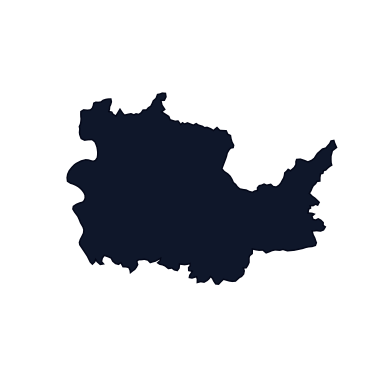 Campestre da Serra, Rio Grande do Sul, Brazil, rotated 116°
{"feature_id": "56859067B56487205832332", "entity_name": "Campestre da Serra", "entity_type": "district", "adm_level": 2, "iso_a3": "BRA", "parent_name": "Brazil", "parent_adm1": "Rio Grande do Sul", "projection": "albers", "projection_center": [-51.112, -28.72], "detail": "fine", "context": "isolated", "style": "filled", "palette": "ink", "viewbox_px": 384, "rotation_deg": 116, "n_neighbors": 0, "source": "geoboundaries", "source_scale": "gbopen_adm2", "svg_char_len": 4315}
<svg xmlns="http://www.w3.org/2000/svg" viewBox="0 0 384 384"><g transform="rotate(116 192 192)"><path d="M155.2,319.2L157.6,318.5L160.5,318.3L162.7,319.2L164.4,321.8L165.7,325.4L168.4,327.1L170.8,326.0L172.9,324.9L174.8,323.7L177.1,322.8L179.8,322.0L182.6,321.9L184.4,320.5L187.8,319.2L189.6,318.0L192.5,315.0L192.5,311.3L190.5,308.3L188.6,304.7L189.5,301.1L191.5,298.8L193.3,297.0L195.4,295.5L197.4,294.2L200.0,293.0L202.7,292.1L206.0,292.6L207.8,294.3L208.3,296.6L208.7,299.2L209.7,301.7L212.7,305.2L217.1,308.5L219.2,309.6L222.5,310.7L226.6,311.6L230.5,311.5L233.9,310.5L236.9,308.6L237.3,305.0L236.9,302.4L236.8,299.4L237.0,296.5L237.7,293.6L238.6,291.3L239.9,288.8L241.7,286.7L244.3,285.3L246.9,285.1L249.1,285.8L251.0,288.0L253.8,290.5L256.9,292.3L259.5,291.6L261.3,288.9L263.9,283.9L265.8,281.6L268.5,278.6L271.2,274.6L273.3,272.6L276.6,271.4L280.5,271.4L283.6,271.5L286.6,271.1L288.6,269.7L291.2,265.2L293.0,262.1L295.5,257.9L297.2,255.7L299.5,252.7L300.5,249.9L297.2,248.8L294.8,249.1L296.2,246.7L297.3,242.7L295.4,240.1L294.2,242.9L290.8,243.7L287.4,243.1L286.9,238.9L286.8,235.6L288.9,232.9L289.8,229.4L289.2,226.3L286.6,225.0L289.4,221.2L288.2,218.7L287.5,215.7L289.6,213.2L291.4,212.0L288.8,210.8L286.7,209.6L284.1,209.1L281.1,209.0L278.6,211.3L276.3,210.4L274.8,207.6L273.3,205.4L272.5,201.8L273.7,198.6L271.9,196.7L270.2,194.7L267.7,192.9L265.3,191.2L267.6,190.5L270.7,191.8L271.0,189.2L270.3,186.6L270.2,183.6L271.1,179.7L269.1,176.8L269.7,173.8L269.0,170.8L266.1,170.3L262.2,171.7L260.5,166.8L258.8,164.3L257.1,162.4L259.0,161.3L261.4,161.9L264.0,160.5L263.1,156.9L265.4,157.1L267.8,157.5L270.0,156.9L269.3,154.3L266.1,150.8L268.1,148.9L271.0,147.6L268.7,144.9L267.7,141.6L264.9,139.7L262.7,138.8L259.8,138.3L260.6,135.7L262.4,133.5L264.2,130.4L263.2,127.7L259.9,126.7L256.6,125.5L256.1,122.7L255.5,119.4L254.6,116.6L253.0,113.9L250.5,112.9L248.0,111.9L246.2,110.5L243.1,109.7L240.0,110.5L237.8,112.6L236.3,110.1L233.4,109.8L230.3,109.9L226.1,112.0L223.9,112.3L221.0,110.9L216.7,112.8L215.9,109.4L214.9,106.2L213.1,102.9L214.2,98.7L211.6,96.2L209.7,94.6L207.6,92.0L205.8,87.5L203.7,85.1L203.0,80.5L199.5,74.7L197.1,71.6L194.3,68.0L191.8,65.4L190.1,63.2L188.3,60.2L185.9,57.7L183.1,58.0L181.6,59.6L179.7,61.4L177.4,64.4L174.5,67.0L172.1,63.2L170.7,59.3L168.4,57.2L164.9,56.9L164.6,59.5L162.0,60.7L160.9,63.9L160.8,66.8L163.0,68.5L163.6,71.1L161.3,73.7L158.3,72.4L158.6,74.8L160.0,78.6L156.3,79.7L154.5,78.4L152.6,79.8L151.0,77.0L148.8,75.7L148.7,73.3L145.5,73.2L144.4,76.6L143.7,78.8L143.2,82.0L141.8,86.0L138.6,85.7L135.8,85.9L133.3,85.8L130.3,84.6L127.7,84.4L126.1,81.9L123.0,83.4L119.5,84.5L117.8,82.6L115.2,83.2L113.6,81.4L111.3,80.7L108.6,79.5L106.6,78.2L104.8,79.8L101.9,81.4L98.7,82.9L96.0,83.4L93.4,84.0L91.2,82.9L88.6,81.6L87.0,83.5L85.2,85.6L83.5,87.1L85.2,89.4L88.2,89.4L90.6,90.1L93.8,90.9L96.2,93.6L99.5,94.9L102.3,96.1L105.1,96.5L108.1,96.8L111.1,98.3L114.2,101.0L114.4,104.6L115.0,109.0L116.9,112.2L119.1,111.9L121.7,110.6L125.1,110.8L127.3,111.7L129.7,112.7L129.5,115.5L132.0,116.1L134.1,117.0L136.4,116.2L139.1,115.7L142.4,115.9L145.1,116.0L147.8,116.7L150.6,118.4L151.6,121.4L150.6,124.6L153.2,127.8L153.3,130.7L155.5,132.5L156.8,134.3L159.4,135.0L162.0,133.8L163.7,136.1L165.8,137.5L166.5,140.8L166.5,144.2L167.4,146.9L168.3,150.4L167.5,153.6L166.1,156.1L165.4,159.0L163.1,161.7L161.2,164.6L160.1,167.8L159.5,172.1L158.0,175.4L147.4,176.4L144.9,176.7L141.4,177.5L137.8,177.2L135.6,176.6L134.0,174.5L131.7,175.1L129.6,178.0L127.1,180.3L124.4,182.2L124.4,185.3L122.0,188.1L124.5,194.0L123.1,197.8L127.4,199.7L127.0,202.9L127.3,206.8L128.8,209.0L128.4,211.3L129.1,215.8L128.7,218.2L131.4,220.1L131.9,226.4L134.2,228.4L134.0,230.9L136.4,231.6L134.3,235.7L135.9,238.1L136.7,243.4L134.3,246.0L133.3,254.5L129.7,252.7L127.1,257.1L123.3,260.2L121.7,257.1L117.9,257.1L115.0,259.1L116.2,262.1L118.0,263.7L119.5,265.7L123.6,265.3L127.0,266.7L130.2,266.5L133.1,266.6L135.4,268.1L138.2,268.8L139.8,271.9L142.9,272.3L145.6,273.8L146.3,276.6L148.2,278.0L148.4,281.1L150.2,283.5L152.6,286.4L151.6,288.9L150.4,291.0L149.2,293.0L153.9,293.4L157.1,293.7L156.8,297.1L155.4,299.2L156.2,302.1L153.9,302.5L151.4,303.5L149.2,303.5L146.3,304.0L144.0,305.7L145.2,308.0L146.5,309.9L148.5,312.0L151.1,313.3L152.6,315.6L153.5,317.8L155.2,319.2Z" fill="#0f172a" stroke="#020617" stroke-width="1.5"/></g></svg>